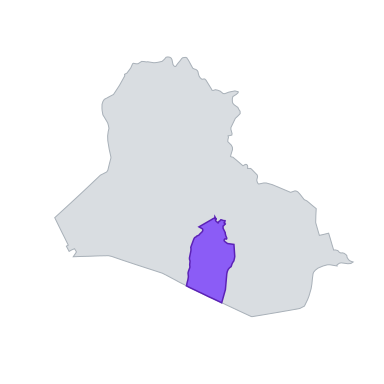 An-Najaf on a map of Iraq (orthographic projection), rotated 346°
{"feature_id": "IRQ-3061", "entity_name": "An-Najaf", "entity_type": "Province", "adm_level": 1, "iso_a3": "IRQ", "parent_name": "Iraq", "parent_adm1": "", "projection": "orthographic", "projection_center": [43.942, 31.079], "detail": "fine", "context": "in_parent", "style": "filled", "palette": "violet", "viewbox_px": 384, "rotation_deg": 346, "n_neighbors": 0, "source": "natural_earth", "source_scale": "10m", "svg_char_len": 4523}
<svg xmlns="http://www.w3.org/2000/svg" viewBox="0 0 384 384"><g transform="rotate(346 192 192)"><path d="M155.0,61.5L157.6,60.9L162.5,56.9L165.4,53.2L166.3,52.9L168.8,54.1L170.6,54.5L174.8,53.1L177.2,53.9L179.3,54.8L180.5,54.9L186.1,57.3L187.5,57.6L190.3,57.9L194.6,58.0L197.4,56.5L199.4,55.0L200.8,55.0L202.1,55.4L203.2,56.0L204.2,57.1L204.6,58.7L204.4,63.7L204.9,65.1L205.6,66.0L206.6,66.2L207.8,65.1L209.8,63.5L212.3,61.7L214.2,60.1L215.3,59.5L217.0,59.6L218.6,59.9L219.5,60.6L219.5,60.9L220.4,63.2L222.7,72.1L224.0,73.2L225.5,74.1L226.5,75.4L226.9,76.7L226.8,78.8L226.9,81.2L227.5,83.0L228.4,84.4L229.1,85.1L230.3,85.1L231.7,85.4L232.6,86.8L235.8,96.9L236.1,98.2L237.3,98.6L239.4,98.4L241.5,99.4L243.8,101.0L246.0,104.0L247.5,104.5L252.0,104.0L258.1,104.3L261.1,105.9L260.8,106.8L258.6,108.0L254.7,109.3L253.6,111.5L253.0,114.4L253.1,115.9L254.1,117.7L257.0,121.1L257.2,122.3L257.7,124.1L258.2,125.2L257.7,127.6L255.2,129.2L251.9,131.0L245.4,138.8L244.9,140.5L245.0,145.1L244.4,146.4L242.3,146.4L240.6,146.2L240.6,147.8L239.5,149.9L238.9,151.8L241.5,156.1L242.0,158.4L241.6,160.6L239.4,164.2L238.0,166.7L238.4,167.3L240.2,168.2L245.9,176.2L247.8,178.9L250.1,178.2L251.0,178.2L251.7,178.6L252.2,179.6L252.2,180.8L251.6,182.6L254.6,183.3L255.8,185.1L259.4,191.3L259.3,193.1L257.7,196.1L257.7,198.1L258.1,199.8L258.7,200.4L263.9,200.6L266.2,201.2L271.7,204.3L278.0,209.0L283.2,212.9L287.6,216.2L292.2,215.8L293.5,216.4L294.7,217.5L296.2,220.2L299.0,226.5L301.4,228.5L305.0,233.5L308.5,238.2L306.5,244.7L304.6,251.6L304.9,260.3L305.1,264.9L309.6,265.0L314.6,265.0L314.9,270.6L315.1,276.2L315.4,282.6L316.9,282.8L319.3,284.1L320.4,286.2L321.7,287.2L323.2,287.4L324.8,288.3L326.3,290.1L326.9,291.5L326.6,292.5L327.0,294.2L328.1,296.5L329.4,297.6L331.4,298.9L328.8,299.8L325.9,299.3L319.6,296.8L317.6,296.8L315.0,297.9L314.9,298.9L308.3,296.0L305.9,295.4L305.1,295.4L301.3,295.5L296.0,296.3L292.9,297.6L290.8,299.1L289.8,300.4L289.5,301.1L287.9,305.1L286.1,310.2L284.1,314.8L280.3,321.3L278.2,324.3L273.5,329.9L268.4,331.1L256.4,330.3L243.2,329.3L230.0,328.3L220.2,327.5L219.4,327.2L209.7,319.4L202.1,313.2L192.6,305.5L182.9,297.6L173.1,289.5L166.1,283.6L157.5,276.1L149.8,269.1L143.7,263.7L135.9,258.8L129.8,255.0L121.0,249.5L113.9,245.0L107.9,241.2L98.7,235.2L95.6,233.6L86.0,231.4L76.8,229.5L67.4,227.4L61.1,226.1L65.4,222.2L64.3,218.6L61.2,219.1L58.4,219.9L57.0,214.2L59.1,213.6L57.5,206.2L55.8,198.6L54.2,191.2L52.6,183.7L60.7,179.3L66.8,176.0L75.2,171.4L83.4,166.9L91.1,162.6L99.6,157.8L107.2,153.5L114.1,151.9L115.6,150.5L118.8,144.4L121.6,139.3L121.8,138.0L122.0,130.6L122.7,121.9L123.7,117.2L125.3,113.1L126.8,110.2L127.0,107.3L126.9,104.5L125.6,100.1L124.2,95.6L124.5,91.2L124.9,88.9L125.9,85.2L127.5,82.6L129.3,80.9L135.6,79.3L139.4,78.4L144.5,73.7L147.5,70.9L151.7,66.4L154.8,63.1L155.0,62.0L155.0,61.5Z" fill="#d9dde1" stroke="#a8b0b8" stroke-width="1"/><path d="M194.0,306.7L192.6,305.5L189.3,302.8L186.0,300.1L182.6,297.4L179.3,294.6L176.8,292.5L174.2,290.4L171.7,288.3L169.1,286.2L166.1,283.7L163.9,281.7L164.2,281.4L164.9,279.6L166.8,276.1L167.7,274.1L168.1,272.9L168.5,269.9L168.6,269.6L168.8,269.1L169.8,267.4L171.4,265.1L171.7,264.6L171.9,263.9L172.1,262.3L172.2,261.9L173.3,258.9L173.4,258.2L173.4,257.7L173.3,257.4L173.3,257.1L173.3,256.7L173.4,256.1L173.6,255.3L176.7,248.8L177.1,247.5L177.3,246.6L177.4,245.5L177.8,244.8L182.3,238.2L183.1,237.3L183.6,236.9L184.1,236.7L184.7,236.6L184.9,236.6L185.7,236.0L186.1,235.9L187.9,235.6L188.4,235.4L188.7,235.2L189.5,234.6L192.1,233.1L192.6,232.7L193.1,232.1L193.3,231.1L193.3,230.4L190.3,227.5L203.6,223.7L206.2,222.9L207.0,222.8L207.3,223.1L207.5,223.2L207.8,222.7L208.2,221.6L208.6,223.2L208.8,223.6L209.0,223.7L208.9,224.3L208.2,224.7L208.0,225.0L208.0,225.4L208.2,226.0L208.8,226.9L209.0,227.1L209.2,227.4L209.3,227.7L209.8,228.3L210.8,227.3L211.4,226.9L211.5,226.9L211.9,226.9L213.3,225.9L214.1,226.3L214.8,226.8L215.6,227.3L217.1,227.8L216.6,229.1L216.5,229.3L216.4,229.4L216.1,229.5L215.8,229.6L215.8,229.8L215.8,230.0L216.0,230.5L216.4,230.8L216.6,231.0L216.4,231.3L215.6,231.6L214.6,232.3L214.0,232.5L213.8,232.9L213.6,233.7L213.4,234.8L214.4,239.5L214.2,240.6L214.2,242.7L214.6,245.2L214.1,246.0L213.6,245.8L212.8,245.5L212.2,245.6L211.6,246.3L211.4,247.1L212.1,248.3L213.9,250.5L214.5,250.8L220.0,253.0L217.9,264.9L217.2,266.5L215.9,269.0L214.5,270.2L213.4,271.5L212.0,273.7L211.8,273.9L210.1,274.6L208.6,275.7L208.2,276.1L207.0,277.7L206.0,279.7L200.8,294.8L194.4,306.0L194.0,306.7Z" fill="#8b5cf6" stroke="#5b21b6" stroke-width="1.5"/></g></svg>